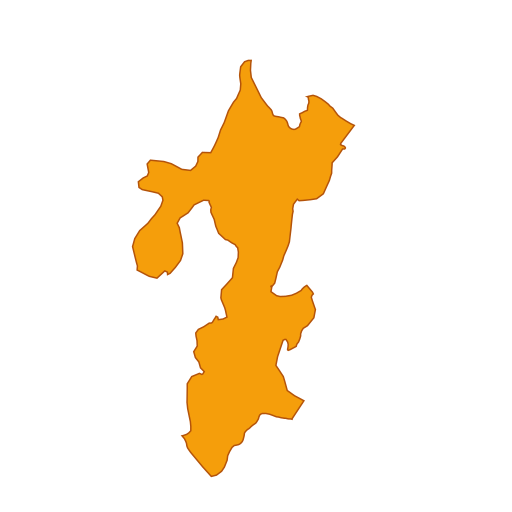 outline of Ba'dan, Ibb, Yemen, rotated 64°
{"feature_id": "15242507B32892695664802", "entity_name": "Ba'dan", "entity_type": "district", "adm_level": 2, "iso_a3": "YEM", "parent_name": "Yemen", "parent_adm1": "Ibb", "projection": "robinson", "projection_center": [44.318, 13.989], "detail": "fine", "context": "isolated", "style": "filled", "palette": "amber", "viewbox_px": 512, "rotation_deg": 64, "n_neighbors": 0, "source": "geoboundaries", "source_scale": "gbopen_adm2", "svg_char_len": 5198}
<svg xmlns="http://www.w3.org/2000/svg" viewBox="0 0 512 512"><g transform="rotate(64 256 256)"><path d="M216.5,369.0L218.5,367.5L222.0,364.9L225.7,362.2L227.5,360.8L229.9,357.9L232.5,354.7L229.4,344.5L231.7,342.7L233.9,343.6L233.9,340.8L230.9,333.5L229.4,330.6L226.9,325.8L224.3,323.2L221.9,320.8L215.8,318.1L211.9,316.4L205.3,314.7L200.9,313.6L196.9,312.5L192.0,312.5L188.5,307.5L187.4,298.1L184.8,292.8L182.9,289.2L182.9,278.6L185.4,274.2L186.3,274.0L187.0,274.6L188.3,274.7L192.7,274.8L193.8,275.7L194.8,276.5L195.5,276.7L196.8,277.3L199.0,277.4L204.7,277.5L209.9,278.7L211.8,279.1L215.2,279.3L219.3,279.6L224.4,277.6L227.8,276.3L229.3,274.4L233.4,272.1L236.3,270.0L236.7,269.7L238.2,269.6L239.5,269.3L240.3,268.8L244.7,270.1L249.7,272.8L253.3,276.6L257.2,281.7L265.2,286.7L268.5,294.7L269.7,297.8L271.2,301.7L278.2,305.9L280.1,306.3L288.8,306.8L291.2,307.2L298.2,308.9L298.2,313.3L296.7,317.8L294.2,317.2L292.7,318.3L294.2,320.6L294.3,320.9L296.2,323.8L296.5,324.4L296.7,325.2L296.5,326.0L295.8,327.5L296.7,333.9L296.7,340.0L298.8,343.9L301.7,345.0L306.2,346.1L311.2,348.3L314.7,353.9L320.7,355.0L326.2,353.8L332.2,354.9L337.2,353.2L338.7,355.5L338.7,356.6L336.7,358.3L336.2,366.6L340.7,373.8L344.2,375.5L354.7,380.8L357.2,382.1L363.2,384.3L374.1,387.1L376.1,387.6L380.6,389.3L384.5,391.2L385.5,393.8L385.8,395.6L385.9,396.7L385.7,398.3L385.5,400.0L385.2,401.3L388.8,400.4L392.0,400.4L393.9,400.6L396.5,401.4L398.5,401.6L400.8,401.3L403.9,400.8L422.3,396.3L434.1,392.9L434.5,392.8L435.6,387.6L434.4,381.3L431.9,377.0L426.9,371.5L423.1,369.0L420.2,365.5L417.5,361.4L416.8,358.6L417.3,356.9L417.6,355.6L417.9,354.2L417.8,352.7L417.4,351.1L416.8,349.8L416.0,348.7L415.0,347.7L413.8,346.7L412.6,345.7L411.5,344.9L410.2,344.1L409.4,342.9L408.7,341.3L408.2,339.7L408.1,338.2L407.7,336.7L407.2,335.3L406.8,333.7L406.5,332.2L406.3,330.8L406.1,329.5L405.3,328.0L403.5,325.3L401.9,323.9L400.6,322.4L400.2,320.9L400.3,319.4L401.9,316.1L404.1,313.2L406.8,310.6L409.3,308.3L409.7,307.8L410.5,306.5L412.3,304.4L413.2,303.1L414.2,301.7L414.9,300.4L416.0,299.1L416.9,297.8L417.3,297.0L417.5,296.5L418.5,295.2L418.2,295.1L414.5,288.9L407.1,276.4L398.4,282.7L390.6,286.9L381.1,285.1L376.3,284.3L373.3,284.7L367.8,285.4L363.1,286.1L362.0,285.3L355.9,280.7L343.6,268.6L343.6,266.6L344.2,265.6L347.3,265.3L349.5,265.8L351.3,266.8L352.8,267.8L353.5,268.4L354.2,268.7L354.9,268.4L355.1,266.7L355.1,265.8L354.9,260.3L354.8,259.4L353.9,258.7L353.0,257.7L351.9,255.4L349.8,253.1L347.4,250.9L345.5,250.0L343.2,247.7L341.7,245.2L341.2,240.3L336.9,231.1L330.2,226.1L327.6,225.8L321.2,225.0L317.4,224.4L315.9,223.0L315.2,221.1L313.2,221.1L304.7,223.2L304.8,224.6L305.1,226.5L305.9,228.9L306.8,230.6L307.2,236.1L306.9,241.2L305.2,247.1L303.0,252.1L300.7,254.9L294.6,258.2L291.2,255.7L290.1,256.0L289.6,255.4L290.3,254.8L290.0,254.4L290.0,254.2L288.6,251.1L284.9,248.0L279.5,243.7L276.5,239.6L271.3,233.8L268.0,230.9L264.2,226.4L260.9,222.7L257.9,219.8L247.0,212.8L245.9,212.1L244.7,211.4L238.6,207.6L234.5,205.0L232.1,203.1L229.6,202.3L225.9,199.6L223.0,194.0L225.2,193.0L226.7,189.3L229.3,182.2L231.1,176.4L229.6,168.2L228.1,166.4L224.0,161.5L220.3,157.0L217.2,154.2L214.7,151.7L212.1,150.4L207.3,147.6L205.6,146.7L202.6,139.3L197.8,131.3L197.9,131.0L198.0,130.6L198.4,130.1L198.6,129.6L198.6,129.1L198.2,128.4L197.8,128.2L197.3,128.2L197.1,128.3L196.4,128.5L195.9,128.7L195.3,129.2L194.9,129.7L194.4,130.3L194.1,130.5L193.8,130.5L193.2,131.1L192.9,131.2L191.9,130.4L181.7,110.4L178.6,112.9L174.2,115.8L169.4,118.7L169.0,119.1L165.4,120.7L161.1,121.5L156.8,122.2L153.5,123.9L151.4,124.4L147.4,126.3L143.3,128.5L139.2,131.5L136.6,134.3L135.5,138.8L135.3,140.0L135.4,139.9L135.7,139.8L136.0,139.7L136.3,139.6L136.5,139.5L137.9,140.1L139.4,140.4L140.8,140.9L142.0,141.8L143.0,143.0L144.3,144.0L145.5,144.8L146.9,145.5L147.6,146.0L147.3,148.8L147.5,152.1L147.4,152.9L147.4,154.5L149.0,155.2L150.4,155.4L150.9,155.6L151.7,155.8L154.4,156.1L155.1,156.4L156.0,157.7L157.4,159.2L158.4,159.9L158.9,160.7L159.2,163.7L159.3,165.3L158.9,166.2L158.5,167.0L157.6,168.1L156.4,169.0L155.1,169.6L153.7,169.9L152.3,169.8L150.9,169.5L149.5,169.3L148.0,169.3L146.6,169.6L145.2,170.0L143.9,170.7L142.9,172.0L142.0,173.2L140.9,174.5L140.0,175.8L139.1,177.1L138.1,178.3L136.7,178.8L135.3,178.7L133.9,178.4L132.6,178.2L131.1,178.3L129.8,178.7L128.4,179.1L127.5,179.4L127.1,179.6L125.6,180.0L124.1,180.3L115.9,181.9L109.8,181.9L93.5,182.0L86.7,179.6L80.5,176.2L78.1,174.6L76.8,177.3L76.4,181.1L79.2,186.8L84.2,190.1L86.3,191.4L88.1,192.1L89.6,192.6L94.6,194.2L100.0,197.4L103.0,201.0L105.9,204.4L107.9,208.8L111.6,214.4L113.4,217.1L122.1,226.0L124.9,229.6L127.1,232.5L132.9,238.0L136.2,241.9L138.7,245.0L140.7,247.7L143.3,251.4L139.4,258.8L141.7,264.8L145.6,266.8L148.8,270.8L150.4,277.3L145.6,284.7L141.4,287.7L135.9,291.7L130.7,297.4L128.6,300.8L123.6,308.9L125.6,313.5L133.9,315.8L136.4,318.6L136.4,323.2L137.7,329.2L143.1,331.1L146.4,329.2L148.4,326.7L152.6,321.3L156.8,316.2L161.7,314.3L165.1,315.2L169.6,319.8L171.9,323.9L174.6,328.6L176.6,333.6L179.2,338.8L181.3,346.2L182.2,349.4L187.2,357.3L191.5,361.1L193.4,362.8L200.7,364.4L203.8,365.1L210.0,366.4L212.9,366.9L216.5,369.0Z" fill="#f59e0b" stroke="#b45309" stroke-width="1.5"/></g></svg>